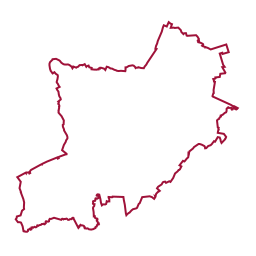 Chislaz, Bihor, Romania (Mercator projection), rotated 182°
{"feature_id": "2599482B30270529451593", "entity_name": "Chislaz", "entity_type": "district", "adm_level": 2, "iso_a3": "ROU", "parent_name": "Romania", "parent_adm1": "Bihor", "projection": "mercator", "projection_center": [22.253, 47.272], "detail": "fine", "context": "isolated", "style": "outline", "palette": "rose", "viewbox_px": 256, "rotation_deg": 182, "n_neighbors": 0, "source": "geoboundaries", "source_scale": "gbopen_adm2", "svg_char_len": 5752}
<svg xmlns="http://www.w3.org/2000/svg" viewBox="0 0 256 256"><g transform="rotate(182 128 128)"><path d="M81.3,230.1L84.8,229.6L85.7,229.9L88.8,229.6L87.7,233.3L89.2,233.8L91.0,235.2L92.8,230.8L95.8,231.9L96.6,229.8L97.6,225.5L101.3,215.9L101.8,213.5L102.8,211.1L103.4,208.1L102.3,207.9L111.1,193.7L111.9,192.0L113.5,190.0L114.3,188.3L117.0,188.4L119.8,189.1L120.1,188.7L122.1,188.5L122.5,188.2L123.1,189.3L124.5,190.5L125.7,190.8L129.4,190.0L131.5,188.6L132.6,188.5L132.5,185.7L132.7,184.7L137.0,184.9L139.6,184.6L141.4,184.9L141.8,185.2L143.7,185.7L146.0,186.8L147.7,186.9L148.3,187.4L149.9,188.2L151.4,188.5L152.7,185.2L154.0,186.5L157.2,187.3L158.0,187.2L158.1,186.4L159.1,186.5L159.4,185.5L160.2,185.7L161.1,185.2L163.9,185.2L166.5,185.4L166.4,186.8L168.8,187.3L169.6,189.0L171.3,188.3L171.8,187.7L173.5,190.3L175.6,189.1L175.9,189.4L178.6,189.1L180.1,187.4L181.0,187.2L181.8,186.5L184.8,187.5L185.0,186.6L185.6,185.7L186.5,187.3L188.7,188.9L190.1,189.4L193.2,189.2L194.7,189.5L196.9,190.9L198.4,192.7L199.3,193.3L202.3,194.6L205.8,194.1L205.9,193.6L208.2,191.1L208.7,189.6L208.7,188.1L208.0,184.4L207.2,182.3L206.4,181.5L206.2,181.0L205.2,179.9L203.5,181.2L202.0,179.6L200.2,178.5L199.9,177.6L199.9,176.9L200.2,174.4L200.9,171.5L200.7,170.9L199.8,169.9L198.5,167.5L197.8,166.7L200.8,165.0L200.0,163.5L198.8,162.0L198.3,159.1L197.7,157.2L196.5,155.5L196.2,154.2L198.6,152.0L198.0,151.6L198.1,150.4L198.5,150.1L198.5,149.6L198.0,149.3L197.4,148.1L197.4,147.6L197.4,147.1L197.7,146.9L197.5,145.5L197.9,144.3L197.7,143.7L198.1,142.8L197.9,142.3L198.0,141.3L197.8,141.1L197.8,140.7L194.8,137.5L192.4,133.3L192.5,129.4L193.3,128.8L193.1,127.0L191.9,124.4L191.8,123.3L188.8,118.6L188.2,116.8L188.2,115.4L189.4,113.5L189.8,111.9L191.5,108.8L193.1,103.5L188.5,100.1L188.5,99.6L189.8,99.3L195.7,96.9L196.5,96.3L196.2,95.4L197.1,95.0L197.5,96.2L207.8,91.6L212.4,89.2L212.7,88.5L213.2,88.7L214.0,88.3L223.3,82.8L224.1,82.0L224.5,80.9L225.1,80.5L224.9,80.3L224.7,80.5L224.2,79.6L225.0,79.1L225.5,80.0L225.2,80.1L225.4,80.4L226.0,80.0L228.1,80.0L228.5,79.8L228.5,79.4L228.8,79.7L236.9,75.0L233.3,70.5L234.3,64.1L232.7,60.2L232.9,60.0L230.1,53.3L229.2,50.0L229.3,44.9L229.0,43.4L231.0,41.7L232.3,36.9L236.0,35.7L236.1,34.3L237.0,32.9L234.7,30.0L232.9,30.1L231.6,29.7L229.9,26.1L228.8,21.2L228.2,21.0L227.7,21.2L227.1,20.8L225.2,20.8L224.4,21.5L224.3,22.9L223.2,23.3L222.5,24.0L222.1,23.9L221.8,23.0L221.0,23.3L220.8,24.0L221.0,25.2L220.1,25.5L219.2,25.1L218.0,26.0L216.7,25.5L215.9,25.9L215.2,27.5L214.2,27.1L213.3,27.8L211.6,28.2L210.9,29.0L210.0,29.0L208.9,29.4L208.3,28.8L208.0,28.8L206.8,30.1L207.1,31.1L207.0,31.6L206.6,32.0L204.9,31.6L204.1,31.7L203.7,32.0L203.5,33.7L203.0,34.5L201.8,34.4L198.8,35.7L191.5,33.9L190.8,34.9L190.3,35.0L189.3,34.4L188.7,34.9L187.5,34.8L186.5,35.3L185.8,35.1L184.9,34.2L184.4,34.1L183.7,34.2L182.8,34.9L181.4,34.9L181.0,35.3L180.5,36.2L179.8,36.4L179.2,36.0L179.1,34.9L178.7,34.6L174.1,26.4L173.2,27.5L173.4,28.2L172.2,28.8L172.3,29.4L172.1,29.6L171.2,29.0L170.2,29.1L168.9,28.7L168.5,28.4L168.3,27.6L167.8,27.4L167.9,26.5L167.7,26.2L166.8,26.3L166.3,26.0L164.8,26.3L163.5,25.4L161.2,25.2L158.9,25.8L158.0,26.5L157.1,26.8L157.0,27.9L155.8,28.5L155.7,29.8L155.1,30.1L154.9,30.5L153.8,30.6L153.7,30.8L154.2,31.3L154.0,31.8L154.9,32.2L154.9,33.0L156.0,34.2L156.0,34.7L155.4,35.1L155.3,35.8L155.5,36.3L157.5,36.8L157.8,37.1L158.2,39.0L158.4,39.1L159.1,38.7L159.4,42.7L160.2,46.8L159.8,48.0L159.1,48.8L158.8,50.7L160.1,50.8L160.4,51.2L160.2,52.2L160.4,53.2L160.2,53.7L158.3,54.1L158.1,54.9L158.2,55.7L158.0,56.5L157.5,56.7L156.5,56.2L155.3,56.9L155.1,59.0L155.5,59.3L156.9,59.3L157.0,59.6L156.5,60.4L155.8,60.7L154.4,60.4L153.1,56.0L152.4,52.3L151.4,49.8L150.3,50.8L148.1,50.8L147.2,51.3L146.7,54.1L145.7,53.7L145.1,54.0L144.1,54.0L144.2,56.2L145.0,57.8L145.0,58.4L141.5,58.2L141.1,58.4L141.0,58.9L130.2,58.9L129.7,56.1L128.5,51.1L127.1,42.4L126.6,40.8L125.7,41.9L124.2,43.2L123.6,43.4L121.7,45.7L120.2,47.0L117.1,47.9L116.2,48.5L114.6,52.6L113.7,53.2L113.4,54.0L111.4,59.4L104.0,60.5L101.7,59.8L99.4,58.1L98.3,59.9L98.5,60.5L98.2,60.3L98.0,60.8L97.9,62.0L97.5,63.3L95.1,66.0L94.9,65.7L94.1,66.3L96.9,68.7L95.9,70.3L92.4,72.8L91.4,74.8L90.8,75.3L89.0,75.7L88.1,74.5L84.9,76.2L83.7,75.6L81.1,79.6L79.4,84.2L76.8,86.5L76.0,87.8L75.3,87.9L74.6,88.7L73.3,91.5L75.2,92.5L71.9,97.1L70.6,96.5L70.2,96.8L68.1,99.6L66.9,100.7L66.7,101.2L66.7,104.7L66.2,104.3L65.9,106.7L62.3,109.8L61.4,111.2L56.9,114.5L55.8,114.5L53.7,113.9L51.0,112.6L50.4,111.6L50.2,110.4L49.1,110.6L47.2,112.8L44.8,113.7L43.3,115.3L42.6,116.6L41.7,117.2L41.5,117.8L40.5,117.4L38.0,122.0L36.0,121.7L35.1,119.5L34.9,118.1L34.0,116.3L30.5,120.2L30.5,120.8L30.1,121.1L29.6,122.5L32.0,125.5L38.1,126.3L37.9,128.2L37.5,129.1L37.6,129.3L37.3,129.7L37.7,130.4L37.4,131.4L38.3,131.8L39.3,138.6L38.8,139.4L37.2,140.4L37.1,141.1L36.4,142.1L35.5,142.7L35.8,143.7L33.9,144.5L31.8,146.5L30.5,147.1L30.1,148.3L30.1,150.7L28.8,152.1L28.5,152.2L28.0,151.6L25.1,151.8L24.7,151.4L25.1,150.2L24.9,150.0L24.1,150.2L23.4,151.6L23.1,151.8L22.4,151.6L21.9,150.9L20.5,150.3L19.7,150.8L19.0,151.7L22.7,153.5L24.0,153.6L25.9,154.7L44.4,162.4L44.7,162.8L43.9,165.7L43.5,165.9L43.8,168.9L42.7,177.2L43.7,177.4L43.8,178.5L44.5,179.9L42.6,180.4L42.2,180.8L42.4,181.6L38.1,182.2L37.6,185.4L32.9,186.1L32.6,186.7L35.9,192.1L33.6,192.5L35.1,194.4L38.9,205.6L36.4,206.5L36.1,205.3L30.0,207.3L32.7,214.9L48.1,209.4L51.0,210.8L52.9,211.4L53.6,211.2L53.7,211.7L56.2,212.4L56.8,212.8L55.8,213.8L55.8,214.2L56.2,214.7L58.4,215.7L60.8,216.2L60.8,216.5L59.9,216.6L60.1,217.7L61.0,217.0L61.4,217.6L61.2,218.1L60.3,218.7L60.4,219.8L61.2,220.7L61.6,221.6L63.2,223.1L72.0,222.2L72.6,222.4L73.4,224.8L75.3,224.6L75.9,223.8L78.0,225.8L78.7,227.7L81.3,230.1Z" fill="none" stroke="#9f1239" stroke-width="2"/></g></svg>